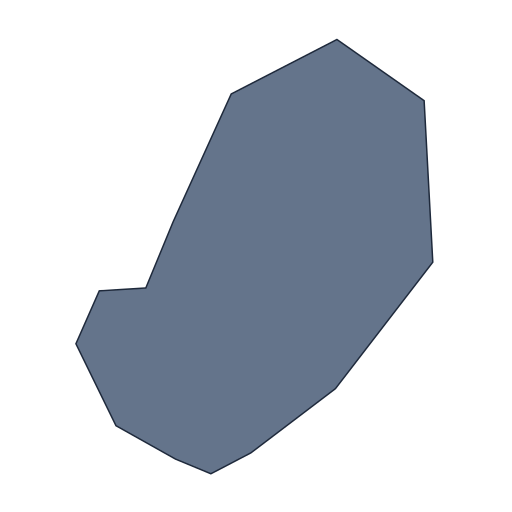 the District of Stepanakert, rotated 182°
{"feature_id": "AZE-4838", "entity_name": "Stepanakert", "entity_type": "District", "adm_level": 1, "iso_a3": "AZE", "parent_name": "Azerbaijan", "parent_adm1": "", "projection": "natural_earth1", "projection_center": [46.777, 39.832], "detail": "fine", "context": "isolated", "style": "filled", "palette": "slate", "viewbox_px": 512, "rotation_deg": 182, "n_neighbors": 0, "source": "natural_earth", "source_scale": "10m", "svg_char_len": 332}
<svg xmlns="http://www.w3.org/2000/svg" viewBox="0 0 512 512"><g transform="rotate(182 256 256)"><path d="M293.5,36.8L329.3,50.2L390.0,81.5L432.9,162.0L411.4,215.7L365.0,220.2L340.0,287.3L286.4,417.1L182.7,475.2L93.4,417.1L79.1,256.0L172.0,126.2L254.2,59.1L293.5,36.8Z" fill="#64748b" stroke="#1e293b" stroke-width="1.5"/></g></svg>